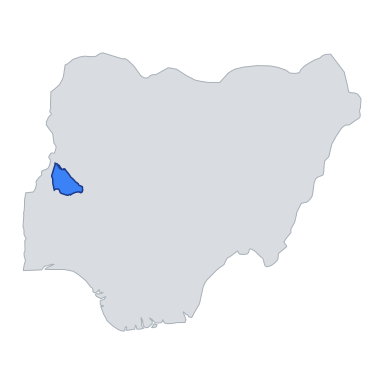 Kaiama, Kwara, Nigeria (highlighted)
{"feature_id": "59680162B83662033692716", "entity_name": "Kaiama", "entity_type": "district", "adm_level": 2, "iso_a3": "NGA", "parent_name": "Nigeria", "parent_adm1": "Kwara", "projection": "orthographic", "projection_center": [4.157, 9.519], "detail": "fine", "context": "in_parent", "style": "filled", "palette": "blue", "viewbox_px": 384, "rotation_deg": 0, "n_neighbors": 0, "source": "geoboundaries", "source_scale": "gbopen_adm2", "svg_char_len": 5161}
<svg xmlns="http://www.w3.org/2000/svg" viewBox="0 0 384 384"><path d="M330.7,54.2L344.2,72.0L347.4,85.4L348.7,92.0L350.8,92.7L354.8,93.0L357.7,94.2L359.5,96.4L360.7,98.4L361.0,99.6L360.4,107.7L359.5,110.7L360.2,114.7L360.1,116.4L359.7,117.6L358.0,118.9L355.6,120.3L350.0,124.4L348.3,125.0L345.9,125.1L343.8,126.2L341.4,128.3L336.2,136.2L331.8,144.1L328.8,156.8L324.8,160.8L324.2,164.4L323.7,172.2L323.2,174.6L322.5,175.3L318.2,176.9L315.7,178.8L314.2,182.4L312.6,194.5L311.9,196.6L310.5,198.7L308.3,201.0L306.4,202.3L301.3,203.3L296.7,212.5L296.6,214.1L294.6,222.4L291.0,228.7L290.8,232.7L286.3,238.3L283.9,242.1L286.5,245.9L286.7,246.6L278.7,253.3L278.3,254.3L278.0,258.9L277.4,260.1L275.9,261.8L273.8,263.7L271.6,265.2L269.1,266.3L266.7,266.7L265.4,266.1L264.6,264.7L263.2,259.2L262.5,258.0L260.9,257.0L254.6,250.9L250.8,248.8L250.0,249.0L249.4,249.6L248.4,252.7L247.3,253.9L245.3,254.3L241.9,254.4L239.4,254.0L238.8,253.4L237.6,251.0L229.9,256.7L227.2,258.0L223.9,264.7L219.0,268.1L215.7,271.0L206.8,280.1L205.0,282.8L203.2,286.8L199.5,303.7L193.3,314.4L192.5,316.6L192.2,316.6L191.3,317.5L188.9,316.9L187.8,315.0L186.3,314.7L183.7,311.9L183.2,312.3L186.0,319.6L185.0,322.5L177.3,322.6L170.8,323.6L166.2,323.6L164.0,322.6L162.9,319.9L162.5,320.2L162.3,321.6L160.9,322.8L155.8,323.0L153.6,321.2L151.7,319.1L149.8,318.2L150.1,319.1L152.3,321.1L152.1,324.0L148.0,327.5L145.4,327.7L143.8,326.2L143.0,323.9L142.5,320.3L141.4,318.0L140.9,318.0L141.6,321.9L141.6,325.4L143.6,328.2L140.6,329.1L137.0,329.2L136.6,328.2L136.1,325.9L135.5,325.3L134.7,329.2L127.4,330.3L126.3,330.2L126.1,329.4L126.7,328.4L126.5,326.6L124.9,328.0L124.7,330.7L123.7,331.1L120.9,330.7L117.9,329.4L112.9,326.0L106.8,320.5L105.8,318.0L104.0,315.0L100.8,306.6L101.4,306.2L102.8,306.6L103.5,305.8L101.0,305.3L100.4,304.7L100.2,302.8L100.4,300.5L104.2,299.3L105.1,297.9L105.6,296.6L100.9,298.7L96.4,296.3L95.5,294.9L95.9,293.8L101.1,293.7L102.9,292.6L101.8,292.2L99.8,292.3L99.1,291.5L99.2,289.8L98.5,290.2L97.7,291.7L94.7,292.9L93.0,291.7L92.8,289.2L92.4,288.1L90.9,287.2L85.7,280.6L79.1,275.1L73.3,271.3L64.4,269.5L46.0,269.5L45.0,269.0L46.1,268.1L47.7,267.5L53.7,264.5L52.7,264.1L46.5,266.0L44.4,266.2L41.6,269.9L23.5,270.6L23.5,268.9L24.4,264.0L25.5,260.7L24.3,256.6L24.0,252.9L24.7,251.7L25.0,250.3L24.8,240.9L25.8,239.5L25.9,238.5L24.0,234.4L24.0,231.3L23.7,228.3L23.0,227.0L23.8,215.4L23.6,212.5L24.2,210.5L24.5,205.5L24.5,200.6L25.7,192.9L33.5,191.9L35.3,188.8L36.4,185.0L36.1,181.2L38.6,177.9L41.7,175.0L41.5,171.7L42.4,170.7L43.8,170.0L45.9,169.6L48.2,168.0L49.5,165.2L50.7,160.6L48.8,157.5L48.8,156.8L49.6,155.1L50.8,153.4L51.7,152.9L54.0,153.3L54.7,152.6L56.1,147.7L56.0,146.3L53.9,143.0L52.8,134.0L52.2,132.8L50.6,131.1L46.3,124.8L46.4,121.8L48.2,117.9L49.4,116.1L51.0,115.0L51.4,114.1L50.9,113.1L50.0,112.2L49.9,110.5L50.7,108.1L50.5,105.5L50.9,91.9L54.4,89.2L59.4,84.8L62.0,80.2L63.4,76.7L65.1,65.0L67.8,63.7L72.8,59.5L79.7,57.0L84.1,56.2L92.0,56.7L95.9,56.3L99.3,54.0L100.8,53.3L103.0,52.9L122.5,58.9L124.3,58.6L125.8,59.0L128.2,60.6L134.0,66.2L140.2,74.9L142.1,76.7L144.0,77.7L145.9,78.1L147.4,77.9L148.7,77.1L150.6,75.4L153.5,74.6L155.8,74.7L167.9,67.9L169.1,67.8L176.5,69.2L186.8,75.8L195.2,80.1L201.1,81.4L208.0,82.4L219.7,82.5L228.3,73.0L231.5,70.9L235.4,69.0L243.5,67.1L257.1,65.6L269.8,65.9L277.7,67.3L286.1,70.2L289.8,73.1L295.4,73.4L299.4,72.7L300.7,69.8L304.6,65.9L310.5,62.2L315.4,59.6L319.4,58.3L322.9,55.4L325.7,54.4L330.7,54.2ZM156.3,326.8L153.5,327.7L151.7,327.5L154.2,323.6L155.5,324.5L157.1,324.8L156.3,326.8Z" fill="#d9dde1" stroke="#a8b0b8" stroke-width="1"/><path d="M54.3,190.1L55.0,189.5L55.4,189.3L55.9,189.1L56.9,188.9L57.9,189.1L58.3,189.2L58.6,189.3L59.3,190.0L59.5,190.6L60.0,192.1L60.2,192.4L60.6,192.9L61.2,193.3L61.7,193.5L62.9,193.9L64.2,194.3L64.7,194.5L66.9,195.2L68.1,195.3L68.7,194.9L69.2,194.6L69.9,194.4L70.2,194.5L70.3,194.6L70.4,194.9L73.1,193.3L73.6,193.1L74.0,193.0L74.4,192.8L74.8,192.6L75.2,192.4L75.9,192.2L76.6,192.2L77.7,191.9L78.1,191.9L78.3,191.9L78.3,192.0L78.9,192.0L79.1,192.0L80.0,192.3L80.1,192.5L80.3,192.6L80.4,192.2L81.5,192.4L81.6,192.1L81.9,191.9L82.3,191.8L82.4,191.2L82.5,190.4L82.8,190.0L82.4,189.1L82.4,188.5L82.5,187.8L82.5,187.1L82.0,186.5L81.6,186.4L81.3,186.3L80.5,185.8L79.2,185.4L78.5,184.7L78.3,183.8L77.4,183.1L75.2,181.6L74.9,181.1L73.6,179.6L71.9,178.0L70.9,177.3L68.9,174.2L68.5,173.7L68.3,173.4L66.9,171.7L65.8,170.5L65.2,169.3L64.9,169.3L64.5,169.6L64.3,169.5L64.4,169.4L64.4,168.9L64.1,168.7L63.6,168.9L63.6,169.2L63.2,169.6L62.9,169.5L62.5,169.5L62.3,169.3L62.0,169.2L61.6,169.5L61.4,169.4L61.3,169.1L61.2,168.6L61.2,168.3L60.9,168.0L60.7,168.2L60.4,168.4L60.4,168.2L59.9,168.1L59.5,168.0L59.3,168.0L59.0,167.7L59.0,167.4L59.7,167.2L60.0,167.0L60.0,166.8L59.9,166.6L59.7,166.5L59.4,166.4L59.2,166.4L59.0,166.2L59.5,165.9L59.4,165.6L59.0,165.3L58.6,165.3L58.3,165.6L57.6,165.7L57.6,165.2L57.7,164.8L58.1,164.8L57.9,164.6L57.7,164.4L57.2,164.1L57.0,163.8L56.7,163.8L56.6,163.7L56.1,163.9L55.8,163.7L55.7,163.4L55.1,163.2L55.1,163.4L55.1,164.5L52.8,172.1L52.2,174.0L51.6,176.0L52.7,178.9L52.8,182.2L52.9,183.7L53.6,186.8L53.8,188.4L54.3,190.1Z" fill="#3b82f6" stroke="#1e3a8a" stroke-width="1.5"/></svg>